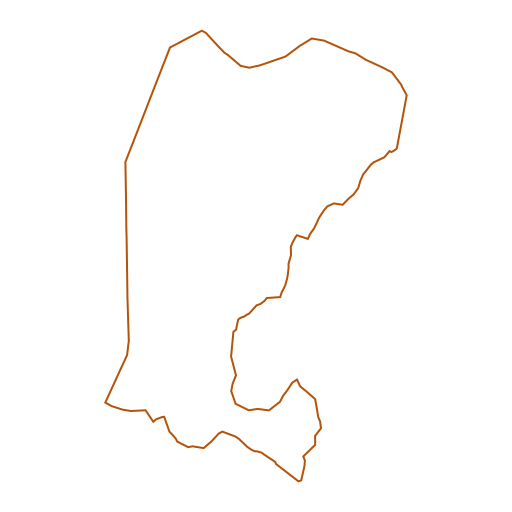 Karu, Nassarawa, Nigeria
{"feature_id": "59680162B13670821264537", "entity_name": "Karu", "entity_type": "district", "adm_level": 2, "iso_a3": "NGA", "parent_name": "Nigeria", "parent_adm1": "Nassarawa", "projection": "natural_earth1", "projection_center": [7.844, 8.986], "detail": "fine", "context": "isolated", "style": "outline", "palette": "amber", "viewbox_px": 512, "rotation_deg": 0, "n_neighbors": 0, "source": "geoboundaries", "source_scale": "gbopen_adm2", "svg_char_len": 2081}
<svg xmlns="http://www.w3.org/2000/svg" viewBox="0 0 512 512"><path d="M105.3,402.6L111.6,406.1L122.8,409.7L130.8,411.0L145.6,410.3L153.3,421.8L156.1,419.3L161.7,417.2L164.2,416.8L169.4,431.5L175.8,438.6L177.1,441.5L188.2,447.2L192.4,446.3L203.7,448.1L211.8,441.1L218.7,433.6L222.3,431.6L235.4,436.5L238.8,438.8L247.2,446.8L251.4,449.7L254.8,451.3L257.4,451.4L261.7,452.7L263.9,454.4L275.3,462.0L275.9,463.9L298.4,481.3L301.2,480.4L304.4,466.4L304.9,460.7L303.3,456.4L315.2,444.8L315.1,435.9L321.0,428.3L320.1,421.6L318.2,416.9L316.1,404.2L315.1,399.1L307.3,392.2L300.2,386.4L297.0,379.6L292.2,382.7L287.3,390.3L283.3,395.5L279.9,401.9L268.9,410.4L257.7,408.9L248.8,410.3L235.6,403.8L231.2,391.0L231.3,390.8L232.7,383.5L236.0,375.4L231.1,356.6L233.4,331.8L236.1,329.6L237.2,323.8L238.2,319.7L239.1,318.7L241.5,317.4L244.5,316.4L246.5,314.9L249.1,313.6L256.5,305.4L260.5,303.9L264.5,300.9L266.8,298.0L280.2,297.1L281.8,292.0L282.8,290.3L285.2,285.4L287.0,279.1L287.7,275.3L288.6,268.0L288.5,263.8L291.0,255.2L290.8,246.8L292.2,243.3L295.6,237.0L296.8,235.3L297.8,235.5L299.9,236.3L303.5,237.4L306.2,238.3L307.8,238.9L308.7,237.0L310.2,233.8L312.5,230.6L314.2,228.2L317.2,221.9L319.2,217.5L320.4,215.7L324.0,210.3L325.7,208.3L327.3,206.4L333.9,203.4L338.4,204.1L342.7,204.8L345.3,202.0L348.8,198.5L353.7,194.3L358.2,188.1L359.4,184.1L360.4,180.6L361.2,178.9L363.1,174.5L366.9,169.8L368.4,167.8L370.8,164.7L371.9,163.8L373.5,162.4L384.3,157.3L389.6,151.1L390.9,151.8L391.5,152.0L391.7,151.9L394.3,150.5L396.6,148.8L397.4,145.3L401.8,121.7L406.7,95.3L404.6,91.4L401.6,85.9L401.5,85.1L398.6,81.2L391.9,72.4L382.4,67.4L365.9,59.8L357.5,54.6L356.2,53.8L355.6,53.4L348.4,51.3L324.0,40.6L311.8,38.5L299.6,46.0L285.6,56.5L259.8,65.4L249.4,67.7L240.7,65.9L227.8,54.9L224.3,52.6L217.3,45.3L205.8,32.8L201.8,30.7L170.0,47.5L154.4,87.4L133.7,140.8L125.4,162.0L125.7,180.5L126.1,203.7L126.1,208.3L126.3,226.7L126.6,237.9L127.1,270.9L127.2,277.9L127.4,293.1L127.4,296.2L128.8,340.9L128.2,345.8L127.8,349.3L127.1,355.0L112.2,387.5L105.3,402.6Z" fill="none" stroke="#b45309" stroke-width="2"/></svg>